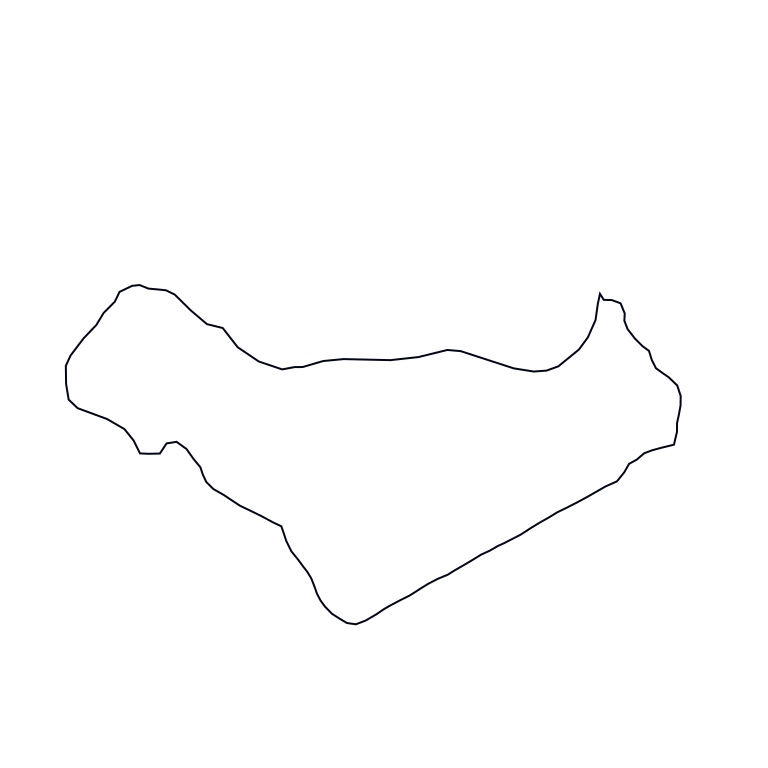 the district of Cachoeira Dourada, Minas Gerais, Brazil, rotated 309°
{"feature_id": "56859067B85859167523547", "entity_name": "Cachoeira Dourada", "entity_type": "district", "adm_level": 2, "iso_a3": "BRA", "parent_name": "Brazil", "parent_adm1": "Minas Gerais", "projection": "mercator", "projection_center": [-49.478, -18.596], "detail": "fine", "context": "isolated", "style": "outline", "palette": "ink", "viewbox_px": 768, "rotation_deg": 309, "n_neighbors": 0, "source": "geoboundaries", "source_scale": "gbopen_adm2", "svg_char_len": 1762}
<svg xmlns="http://www.w3.org/2000/svg" viewBox="0 0 768 768"><g transform="rotate(309 384 384)"><path d="M326.0,223.4L319.1,208.7L319.6,187.2L320.8,175.3L321.8,165.1L319.6,155.5L315.2,148.8L309.9,140.9L307.1,131.8L301.8,126.5L289.2,120.5L278.6,123.0L262.8,121.4L248.9,123.3L230.4,121.8L208.8,122.5L197.9,125.3L184.0,136.9L173.4,148.8L172.4,161.1L182.5,190.9L185.6,210.7L182.5,225.0L176.5,238.1L181.8,245.2L188.9,253.6L201.0,252.4L208.5,259.2L209.2,271.5L205.9,283.0L203.7,293.8L199.6,300.2L196.0,307.6L195.0,317.5L196.9,329.1L197.9,339.8L198.8,348.9L201.3,359.3L204.1,371.5L206.6,384.7L208.8,393.8L204.8,400.2L200.6,406.7L195.7,417.2L193.4,428.0L191.5,435.2L189.7,442.8L187.1,449.9L182.8,457.5L178.9,463.8L175.8,470.9L173.9,478.1L172.7,488.0L173.6,496.5L174.9,505.6L179.6,513.4L188.6,518.6L200.2,523.0L209.2,525.7L216.4,528.5L226.7,532.9L235.4,536.9L242.1,539.2L248.9,541.4L256.8,544.2L266.6,548.5L276.0,553.6L282.8,555.9L291.4,559.2L301.8,563.1L312.4,566.8L321.1,571.1L329.7,574.4L335.9,577.5L342.9,580.6L353.2,585.1L364.0,588.6L374.2,592.2L384.0,596.1L393.1,599.3L402.5,603.7L413.3,608.5L423.6,612.8L432.9,616.4L444.2,620.8L454.9,626.3L466.5,626.3L476.3,624.7L484.2,628.0L493.9,629.8L501.1,634.0L508.6,639.4L519.3,647.5L531.2,641.8L538.1,636.3L545.5,632.6L553.9,628.0L561.4,622.1L567.4,612.8L568.4,600.9L567.8,593.3L567.4,585.4L571.2,577.0L576.5,569.1L576.1,561.1L577.2,550.5L579.9,538.9L584.4,531.0L590.3,526.7L595.6,517.1L592.6,508.2L587.7,501.9L590.0,495.1L581.1,499.6L566.7,508.2L548.5,513.1L533.5,513.8L507.5,508.4L496.7,501.9L487.9,492.5L477.8,475.0L457.8,422.9L450.3,411.8L426.6,393.8L406.6,374.0L378.0,337.0L363.6,322.3L346.0,310.1L341.0,304.0L331.3,295.7L322.7,272.6L320.5,247.2L326.0,223.4Z" fill="none" stroke="#020617" stroke-width="2"/></g></svg>